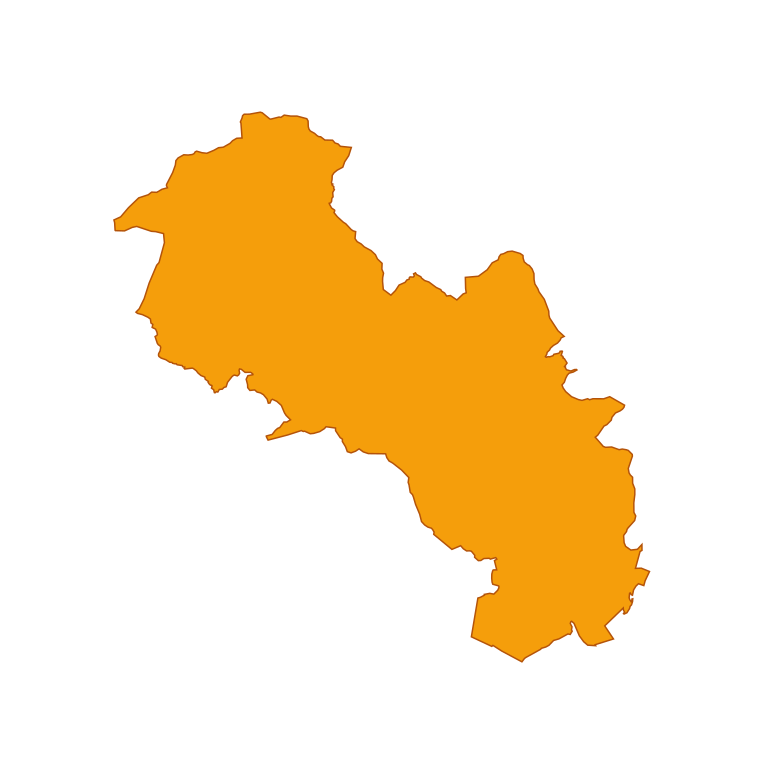 the district of Vetca, Mures, Romania, rotated 191°
{"feature_id": "2599482B39536420897954", "entity_name": "Vetca", "entity_type": "district", "adm_level": 2, "iso_a3": "ROU", "parent_name": "Romania", "parent_adm1": "Mures", "projection": "natural_earth1", "projection_center": [24.823, 46.343], "detail": "fine", "context": "isolated", "style": "filled", "palette": "amber", "viewbox_px": 768, "rotation_deg": 191, "n_neighbors": 0, "source": "geoboundaries", "source_scale": "gbopen_adm2", "svg_char_len": 6156}
<svg xmlns="http://www.w3.org/2000/svg" viewBox="0 0 768 768"><g transform="rotate(191 384 384)"><path d="M595.5,581.0L601.9,576.7L606.8,576.3L612.3,576.8L613.6,575.9L614.4,573.9L616.0,572.7L619.9,571.4L624.3,570.8L629.2,566.7L630.9,563.6L630.6,559.0L631.8,551.2L635.5,538.5L635.4,537.2L634.0,535.3L639.1,532.8L643.6,528.8L648.7,528.0L651.5,524.8L660.3,519.9L668.4,508.4L674.4,497.8L680.4,493.5L679.2,491.0L677.3,483.6L676.9,483.3L667.9,484.8L661.0,489.7L656.8,491.5L641.5,489.5L637.2,490.0L629.1,489.6L626.5,480.8L628.0,460.3L629.8,457.2L633.8,438.2L635.7,422.0L638.6,411.2L641.2,407.2L639.5,406.3L634.4,406.0L628.5,404.5L625.7,403.2L624.4,399.4L622.3,398.4L622.4,395.3L618.7,394.3L616.8,391.6L615.9,389.4L616.2,388.4L617.8,386.9L614.3,380.7L613.1,379.5L611.0,378.6L610.2,377.5L610.1,373.8L611.0,370.9L610.9,369.3L610.2,368.1L607.7,366.9L602.8,366.2L598.5,364.5L596.2,364.7L595.4,364.0L592.8,363.9L591.8,364.3L590.8,363.4L585.6,363.6L584.9,362.6L582.8,362.5L583.2,361.3L582.4,360.7L575.3,363.0L574.1,362.8L570.8,361.2L568.7,359.3L565.3,357.4L561.3,356.6L560.3,354.5L556.9,353.0L557.0,352.1L555.5,350.6L554.2,349.8L552.9,349.8L552.4,349.2L552.6,347.0L550.1,345.9L548.9,343.2L548.2,343.1L547.0,344.5L545.6,344.4L544.6,347.2L541.7,348.1L540.5,350.0L538.4,351.2L537.9,355.8L534.6,362.3L533.4,363.7L532.6,364.2L529.5,364.0L528.4,365.2L527.8,367.1L528.9,369.9L528.7,371.2L526.9,371.2L522.6,368.9L517.3,370.0L516.3,369.7L514.5,368.6L514.5,368.1L519.2,366.2L520.2,362.4L517.8,357.4L517.1,354.4L514.4,352.1L509.8,353.5L507.1,351.9L503.6,351.7L500.3,350.5L495.9,346.9L493.9,343.1L492.3,343.6L491.7,346.6L490.6,347.7L485.9,346.5L480.7,343.4L476.2,336.7L474.0,334.4L468.9,331.0L472.2,328.1L475.0,327.6L478.0,321.4L480.0,320.1L481.9,317.6L484.1,313.2L489.6,310.5L489.5,309.9L487.1,306.8L468.8,315.6L456.3,322.5L454.2,322.0L452.9,322.5L446.9,321.1L443.6,322.1L438.0,325.0L434.0,328.8L432.7,331.0L423.2,331.5L422.6,328.9L416.8,323.0L414.3,321.9L413.9,319.6L409.8,315.1L407.1,310.6L403.2,310.1L399.1,312.6L396.1,315.6L391.4,313.4L386.1,312.7L369.1,315.8L367.2,312.3L364.4,309.4L360.5,308.1L350.3,302.9L341.8,296.9L341.5,292.0L340.2,289.8L337.6,282.7L334.9,280.8L333.5,278.6L330.0,271.8L324.2,263.1L320.9,256.1L317.2,253.4L313.6,251.9L310.0,251.5L308.6,250.5L306.6,248.2L306.5,245.9L285.8,234.6L277.9,239.9L274.7,237.4L271.1,235.9L268.0,236.6L266.3,236.5L262.2,233.1L262.0,231.2L257.7,228.6L255.3,229.2L252.7,231.7L247.5,233.0L246.2,232.4L241.2,234.9L239.8,233.6L241.9,231.7L237.9,223.1L241.3,222.3L241.7,221.1L241.9,218.0L241.2,213.9L240.1,210.1L239.0,208.2L233.0,207.7L232.5,207.1L232.4,205.7L233.0,203.3L236.1,198.7L240.2,198.7L245.4,196.6L245.1,195.9L248.7,193.0L251.0,191.8L250.0,152.5L228.1,147.0L227.2,148.2L217.1,144.2L195.6,137.6L193.7,141.4L192.5,142.7L179.7,153.4L179.0,154.6L175.0,156.7L172.2,159.0L168.6,164.6L163.6,167.2L155.8,173.7L153.4,173.7L152.1,177.3L153.0,178.3L153.1,181.5L155.5,184.5L155.2,186.4L154.5,186.9L151.8,185.3L144.2,174.1L138.8,169.1L134.2,166.5L126.3,167.5L127.0,168.4L110.1,177.5L121.2,188.7L106.4,209.8L105.8,207.7L104.4,206.1L105.1,204.3L104.4,204.0L101.9,205.8L100.1,210.4L100.0,212.7L98.9,214.4L98.5,217.8L98.8,220.6L99.6,220.2L99.2,217.7L99.8,217.4L101.7,219.3L102.6,221.0L103.0,225.4L102.5,225.9L100.9,224.3L99.8,224.1L99.7,229.5L98.1,233.7L96.1,236.5L90.5,235.7L90.1,240.7L87.6,250.6L96.3,252.3L102.0,251.0L100.7,268.4L99.0,269.9L100.2,275.7L103.7,270.1L110.0,268.1L115.8,270.7L118.0,274.0L119.8,280.6L119.7,281.5L117.8,285.4L117.7,287.6L117.1,289.1L111.9,297.8L111.7,302.5L114.2,305.7L116.1,315.0L116.7,323.3L117.8,328.9L121.0,334.0L122.2,339.9L124.9,341.7L126.5,343.5L128.1,347.7L126.4,360.6L126.9,362.3L131.5,365.4L133.7,365.7L137.7,365.6L140.7,364.4L148.5,365.6L154.5,364.1L156.9,364.6L166.5,372.1L164.5,374.4L160.0,384.7L157.5,386.6L154.0,391.9L153.9,394.8L151.3,399.7L147.1,402.7L145.1,404.8L144.0,406.9L143.8,409.1L160.0,414.6L165.5,411.4L176.1,409.4L179.2,407.8L181.3,408.4L186.5,405.7L190.2,405.8L197.4,407.3L204.2,411.2L207.4,414.3L209.1,417.0L207.3,420.1L206.7,424.4L205.7,427.8L204.4,429.9L200.4,431.9L197.3,434.6L197.8,435.0L199.8,434.5L203.0,432.4L207.6,432.8L209.1,434.6L209.1,435.3L210.1,435.5L208.3,439.5L211.7,443.2L213.3,443.8L213.1,444.4L214.0,445.4L215.5,445.8L215.1,450.1L215.5,450.3L217.4,449.7L217.6,448.3L218.6,447.4L222.9,445.6L223.5,444.0L226.5,442.3L228.1,442.2L229.8,441.2L230.8,441.6L229.9,444.3L229.9,446.2L228.0,448.9L227.4,451.0L225.0,454.2L221.5,457.3L219.5,460.7L218.9,463.1L216.2,465.1L223.4,469.5L233.9,480.3L235.2,483.0L236.2,487.0L242.8,497.7L249.4,504.0L251.2,506.9L255.0,511.0L256.6,515.1L257.9,521.0L260.5,525.1L263.9,528.0L265.9,528.5L269.6,530.6L271.4,534.0L272.1,536.7L275.2,538.1L283.5,538.9L287.9,537.5L291.5,534.7L294.1,533.5L295.3,531.0L295.6,527.7L300.9,523.6L304.5,515.8L311.9,507.8L324.5,504.2L322.1,493.3L320.7,489.2L323.5,487.5L328.5,480.4L335.7,483.5L339.3,482.3L341.9,484.9L345.1,486.1L346.3,487.5L351.1,488.7L359.4,492.7L363.8,493.3L367.3,495.1L368.3,496.3L373.0,497.7L374.3,499.1L376.0,497.8L374.9,496.0L375.1,495.2L375.8,494.5L378.8,494.1L379.4,493.4L379.3,491.7L381.4,490.5L382.7,487.8L388.1,484.0L390.6,477.9L394.2,472.5L402.7,476.6L405.0,484.5L405.6,488.1L405.6,492.7L408.0,496.3L408.9,502.1L414.3,505.5L417.1,509.3L422.2,512.5L429.5,514.8L433.1,517.1L437.5,518.6L440.2,521.2L440.9,528.2L443.4,528.4L445.6,529.3L452.1,534.0L454.7,535.0L461.8,539.3L465.8,542.7L465.4,544.6L465.7,545.3L469.1,546.8L472.2,550.6L472.3,551.0L470.9,551.6L470.3,553.3L470.6,556.4L469.7,558.0L470.9,562.2L469.8,565.4L470.6,566.2L470.9,568.1L473.0,569.5L473.2,570.1L472.6,570.5L473.4,570.7L474.1,571.8L474.0,574.5L474.6,578.9L473.3,581.9L470.7,585.0L465.8,589.0L465.0,594.6L462.2,601.4L461.2,610.0L472.2,609.0L474.9,610.9L478.0,611.2L481.0,613.5L488.6,612.2L493.3,614.6L495.4,614.4L497.0,615.0L500.0,616.8L504.6,618.3L506.3,619.9L507.4,622.1L508.7,627.7L510.4,629.7L520.5,630.4L526.5,629.2L533.3,628.9L536.0,626.1L538.0,626.0L545.7,622.4L546.7,622.4L555.3,627.0L557.3,627.2L567.6,623.2L572.8,622.1L574.0,620.4L574.1,617.9L575.0,613.8L574.2,612.8L570.3,598.4L575.5,597.1L579.1,593.9L581.0,590.9L586.9,585.8L591.5,584.4L595.5,581.0Z" fill="#f59e0b" stroke="#b45309" stroke-width="1.5"/></g></svg>